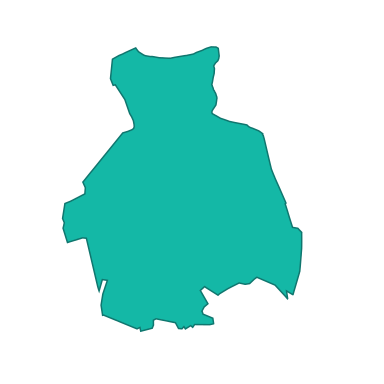 the district of Sheikan, North Kordufan, Sudan, rotated 192°
{"feature_id": "16777658B67659775145128", "entity_name": "Sheikan", "entity_type": "district", "adm_level": 2, "iso_a3": "SDN", "parent_name": "Sudan", "parent_adm1": "North Kordufan", "projection": "orthographic", "projection_center": [29.994, 13.034], "detail": "fine", "context": "isolated", "style": "filled", "palette": "teal", "viewbox_px": 384, "rotation_deg": 192, "n_neighbors": 0, "source": "geoboundaries", "source_scale": "gbopen_adm2", "svg_char_len": 3046}
<svg xmlns="http://www.w3.org/2000/svg" viewBox="0 0 384 384"><g transform="rotate(192 192 192)"><path d="M134.9,263.7L138.2,265.2L138.4,265.2L139.1,265.6L139.5,265.7L140.0,265.8L144.3,266.6L144.8,266.7L145.9,266.9L146.6,267.0L146.9,267.0L148.4,267.2L150.1,267.7L151.1,268.3L152.2,269.0L152.9,269.0L154.6,269.0L164.5,268.8L168.4,268.8L169.5,268.8L170.2,268.8L171.9,269.1L174.3,269.4L175.0,269.5L179.4,270.0L184.6,271.7L184.8,271.7L187.3,272.5L188.5,272.9L189.1,274.0L189.2,274.3L189.2,275.4L188.8,276.8L188.2,278.3L188.1,278.5L187.6,279.8L186.7,282.1L186.9,285.8L187.1,288.1L187.1,288.6L187.1,288.9L187.6,290.3L187.9,290.7L189.4,293.4L189.5,293.5L190.7,294.8L190.9,295.1L191.1,295.5L192.1,296.3L192.9,297.9L193.3,298.6L193.5,298.8L194.4,300.2L194.4,300.4L194.9,301.1L195.0,301.2L194.9,303.1L194.9,303.9L195.1,308.7L195.0,311.3L195.0,312.7L195.6,316.6L195.6,316.9L195.7,317.4L196.9,319.6L197.0,319.9L195.9,323.0L194.0,325.8L193.8,327.0L193.6,327.8L193.7,330.5L193.8,331.0L196.2,338.0L198.5,338.8L203.5,337.9L207.6,335.6L209.0,334.6L210.2,333.7L211.4,332.7L216.7,329.4L219.2,327.3L223.2,325.5L224.3,325.1L225.1,324.6L227.3,323.9L237.2,320.0L241.2,318.2L241.5,318.3L242.0,318.1L246.9,317.3L248.5,317.1L249.5,316.9L251.9,316.5L257.9,316.3L259.5,316.2L259.9,316.0L261.1,315.8L263.6,315.7L266.1,315.6L266.8,315.8L267.4,315.8L271.5,317.3L273.5,318.1L276.1,320.3L276.7,320.9L277.0,321.2L278.0,320.5L286.0,314.6L288.6,312.5L291.7,310.4L297.4,305.4L297.4,305.2L295.3,285.9L291.3,279.9L289.3,280.9L276.9,268.5L269.2,255.7L266.6,252.9L264.2,249.6L262.7,246.0L262.1,243.9L262.2,243.0L262.3,242.0L263.7,240.4L267.4,237.9L272.0,235.4L294.1,192.1L294.7,191.0L300.8,179.0L297.2,174.0L296.4,167.9L309.0,157.6L313.9,154.3L313.1,139.3L313.1,139.2L310.5,135.4L310.5,132.0L310.6,129.8L303.3,116.7L301.4,117.8L289.5,124.4L285.7,124.8L264.5,79.8L262.9,76.9L262.3,75.9L261.5,87.7L256.4,88.0L258.0,73.6L257.4,62.4L253.8,52.8L252.9,53.2L217.3,46.7L214.8,48.7L213.2,45.2L202.6,50.5L202.0,53.9L202.1,54.0L203.1,58.6L200.8,60.5L181.0,60.7L176.8,55.7L173.4,56.1L171.9,58.6L170.0,56.7L165.5,61.0L163.2,59.8L161.9,62.9L147.1,65.9L143.5,67.6L143.5,67.8L145.4,72.9L155.8,74.8L157.4,77.6L157.5,77.6L156.2,82.1L153.2,86.0L163.4,97.4L160.0,102.1L158.1,101.3L145.1,96.5L143.9,98.2L136.7,105.0L133.4,107.7L127.0,112.8L120.8,112.8L116.6,114.4L112.9,119.8L110.8,122.1L91.4,118.2L79.0,109.4L76.4,107.4L76.3,107.6L78.9,114.6L79.0,114.9L77.2,114.3L75.0,113.5L74.0,113.2L72.0,112.5L71.9,112.5L71.9,112.1L71.6,116.8L71.4,119.2L70.2,135.3L70.2,136.7L70.1,136.8L70.8,142.7L72.0,151.7L72.1,152.6L72.3,153.9L73.0,159.3L73.5,161.9L74.5,166.8L75.1,169.6L76.2,174.6L76.3,175.3L79.1,177.2L80.9,178.5L86.3,178.3L89.0,183.0L91.6,187.6L94.4,192.7L94.6,193.1L96.7,196.8L98.4,199.8L98.4,200.0L98.2,200.3L97.8,200.7L98.7,202.0L107.8,214.7L109.7,217.3L114.0,223.2L114.2,223.6L116.3,226.6L119.2,231.0L122.6,238.1L123.7,240.4L130.1,254.0L131.6,257.2L132.7,259.5L132.9,259.9L133.0,260.0L134.0,262.0L134.9,262.8L134.8,263.1L134.9,263.3L134.9,263.7Z" fill="#14b8a6" stroke="#0f766e" stroke-width="1.5"/></g></svg>